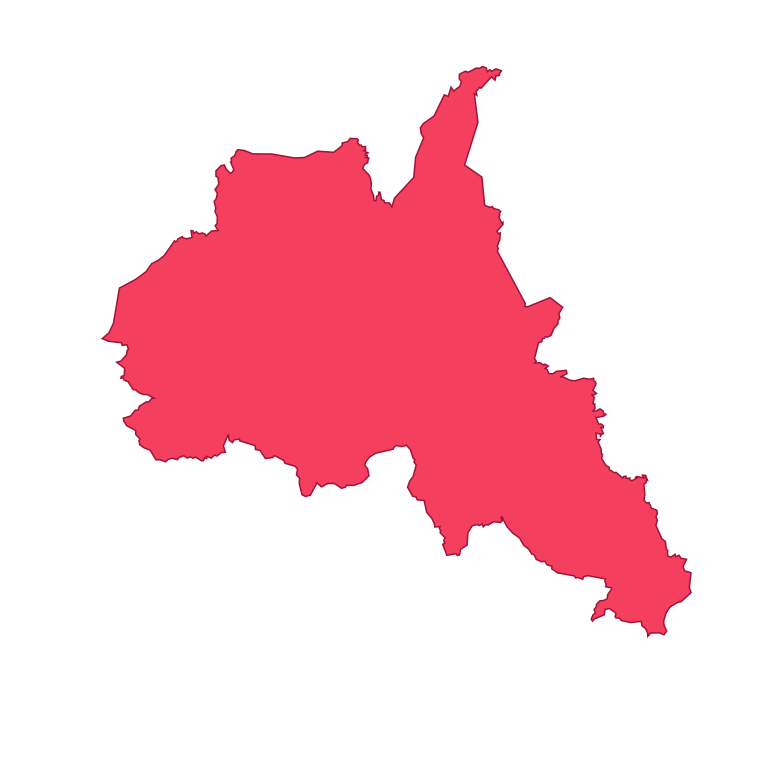 Tecolotlán, Jalisco, Mexico, rotated 170°
{"feature_id": "50627088B33659977018142", "entity_name": "Tecolotlán", "entity_type": "district", "adm_level": 2, "iso_a3": "MEX", "parent_name": "Mexico", "parent_adm1": "Jalisco", "projection": "mercator", "projection_center": [-104.055, 20.276], "detail": "fine", "context": "isolated", "style": "filled", "palette": "rose", "viewbox_px": 768, "rotation_deg": 170, "n_neighbors": 0, "source": "geoboundaries", "source_scale": "gbopen_adm2", "svg_char_len": 6163}
<svg xmlns="http://www.w3.org/2000/svg" viewBox="0 0 768 768"><g transform="rotate(170 384 384)"><path d="M141.1,114.7L132.7,117.9L129.1,118.1L117.8,125.3L118.7,130.2L114.4,144.8L120.5,147.9L121.1,152.2L116.5,158.9L121.7,160.7L123.2,164.1L126.7,163.2L126.9,165.7L131.7,163.7L134.6,165.6L133.5,170.7L134.7,172.7L134.2,180.0L137.3,183.5L140.8,197.7L138.5,202.2L139.2,206.3L137.1,209.2L137.3,212.4L142.2,215.3L143.6,221.3L146.2,221.2L148.1,224.6L146.2,230.4L145.6,239.9L143.2,241.1L142.1,243.8L141.2,243.4L141.7,245.9L143.3,246.6L141.9,247.6L142.3,248.6L145.4,249.4L145.0,246.6L151.3,249.1L152.4,248.3L151.2,247.5L156.6,245.7L159.0,247.5L158.2,248.6L162.1,249.1L161.7,251.2L164.0,251.4L165.3,249.9L170.8,256.7L172.7,256.7L176.8,260.5L176.8,262.9L179.5,265.2L182.6,272.8L181.0,276.7L182.0,277.7L181.5,282.3L183.2,289.6L181.0,291.7L184.2,292.4L183.9,298.8L179.6,297.1L179.9,295.1L178.1,297.0L176.5,297.0L177.9,303.4L175.7,302.8L175.1,304.7L177.0,306.9L179.5,307.2L181.1,314.2L173.1,314.2L170.7,315.6L172.6,316.6L173.0,319.5L175.6,322.0L180.5,320.4L182.9,321.1L180.5,323.0L180.0,327.8L181.6,328.2L179.3,334.4L181.6,338.0L179.7,336.6L176.4,337.8L179.4,341.5L175.1,347.3L175.4,349.6L176.8,350.5L176.6,353.2L180.9,353.0L186.4,355.0L195.2,354.0L200.0,355.3L206.5,360.0L209.2,360.3L202.0,362.4L202.1,365.8L212.2,366.5L216.2,364.7L219.9,365.8L220.8,369.8L222.6,371.3L219.1,373.2L222.1,375.6L224.2,375.3L226.3,377.7L231.9,378.6L230.1,380.2L231.4,382.8L224.6,397.9L221.4,398.2L219.9,401.2L218.1,401.2L217.1,402.6L214.9,401.8L211.2,402.8L206.7,409.6L202.3,412.9L201.7,416.2L199.4,418.4L199.5,423.1L194.7,428.5L205.4,440.2L229.3,435.1L231.9,436.1L230.9,438.8L249.3,495.0L247.9,497.7L248.7,499.6L245.0,506.0L243.2,512.6L245.5,512.3L246.2,514.8L239.0,520.6L238.8,522.6L239.7,521.8L240.3,522.6L242.0,529.1L240.8,529.5L240.7,531.8L239.1,533.6L240.8,535.7L245.3,537.6L246.6,540.0L249.4,539.7L253.8,542.5L251.7,570.8L266.6,585.7L246.1,625.3L244.6,654.2L242.4,652.2L242.6,655.9L238.2,659.6L237.0,658.4L224.8,667.9L221.9,663.9L220.1,668.2L217.8,667.7L216.5,668.3L216.9,669.4L213.9,671.9L214.6,672.5L219.1,674.9L223.4,673.2L225.2,675.2L227.9,673.6L228.5,677.5L231.7,679.6L234.9,678.3L238.4,679.1L246.9,676.4L249.5,677.9L255.9,676.0L256.9,671.7L255.3,668.2L257.8,663.9L264.6,660.5L266.4,664.7L270.8,656.1L274.4,658.3L288.1,639.3L300.1,633.6L303.7,630.0L303.9,624.1L302.2,619.5L313.5,601.8L318.9,582.2L341.4,565.2L345.5,557.0L347.2,561.3L351.9,562.4L352.2,564.8L354.4,565.9L354.7,573.6L355.9,573.9L356.4,571.0L358.8,570.1L359.9,566.1L361.9,566.4L361.6,571.4L363.1,578.6L361.6,583.4L361.7,589.0L362.5,592.4L367.6,600.1L365.2,603.5L361.0,605.0L361.9,605.1L359.7,609.1L362.1,609.9L361.0,610.2L360.7,612.2L362.8,612.3L362.1,614.1L359.7,614.4L361.7,615.7L361.5,617.3L363.2,617.2L361.2,619.1L361.0,621.2L364.4,621.3L365.0,623.3L366.6,623.3L368.2,626.3L366.9,628.5L367.9,630.2L374.6,631.8L377.5,629.0L383.4,628.6L383.7,626.1L393.3,620.9L408.8,624.8L422.9,620.9L432.8,622.1L454.9,630.1L473.3,633.4L480.7,638.1L487.2,640.1L489.4,638.5L491.3,634.8L495.3,633.0L495.5,629.5L496.6,629.3L494.7,621.4L496.6,618.9L498.7,618.1L502.1,623.1L503.3,627.5L506.6,627.3L512.5,623.1L513.4,617.7L511.6,616.2L512.1,609.2L516.6,604.9L515.0,600.7L517.1,595.5L519.6,593.3L519.1,586.4L520.5,583.1L519.1,578.0L520.5,571.0L522.8,569.2L520.7,563.9L527.3,564.6L533.5,560.7L534.3,562.8L536.6,564.3L540.2,564.1L542.4,566.5L545.3,565.4L545.2,567.8L547.4,568.6L547.6,561.5L553.3,561.4L556.8,562.9L556.9,564.2L561.8,562.7L563.0,560.7L564.4,560.3L565.4,561.4L578.1,548.7L584.4,545.2L591.8,542.9L598.9,535.9L610.8,530.0L627.9,524.4L639.9,490.8L646.0,482.2L653.6,477.6L647.8,473.9L635.4,470.2L635.1,467.5L630.2,467.2L629.7,462.3L631.1,461.7L632.5,457.5L639.1,452.3L643.5,451.9L636.7,444.6L638.4,437.4L641.4,437.0L642.1,435.4L640.0,435.5L639.2,432.9L635.6,430.7L632.1,422.1L629.5,421.3L627.0,418.0L622.6,415.4L619.0,414.7L612.9,409.9L615.4,410.1L618.9,407.1L621.6,407.6L628.9,404.5L630.5,401.2L633.7,401.3L639.0,396.5L646.7,395.6L646.7,392.7L644.6,387.6L636.6,381.3L637.2,377.2L633.7,372.1L635.1,370.9L635.2,366.8L631.5,362.9L625.8,359.4L621.7,348.9L618.0,348.4L612.4,345.3L609.7,347.2L605.7,347.7L600.5,345.3L598.9,347.1L593.6,348.1L590.7,345.2L587.7,346.0L585.0,344.1L582.2,344.7L576.8,339.9L575.0,340.0L573.6,342.4L571.6,341.3L571.4,343.6L567.0,341.0L563.1,343.4L561.1,342.1L555.9,344.7L552.1,344.3L552.9,351.0L545.9,361.5L546.4,355.8L543.4,352.6L541.3,354.9L535.8,355.0L536.0,353.1L521.5,345.6L522.0,341.8L517.6,340.2L513.7,331.2L506.2,330.9L505.1,332.3L503.3,331.9L496.0,326.1L495.2,323.1L485.7,318.4L484.0,315.1L486.0,309.7L483.5,305.9L484.7,301.0L484.0,289.2L480.8,286.9L475.8,287.3L467.2,298.3L463.5,293.5L456.7,295.8L449.9,294.5L444.0,288.7L440.0,289.1L438.4,290.7L431.6,289.4L422.6,290.8L414.8,296.1L414.8,303.3L417.1,307.3L415.3,310.7L410.8,314.6L404.3,317.3L386.4,318.2L384.3,320.7L382.2,321.3L378.2,319.4L372.5,319.7L369.4,314.7L368.1,305.5L366.8,304.1L368.0,302.0L366.4,298.5L371.4,287.8L375.6,283.9L378.7,278.3L375.3,268.5L372.1,267.2L371.4,264.1L364.7,262.4L364.3,250.4L360.3,243.5L358.7,238.1L358.9,234.4L353.6,233.9L354.6,232.8L353.7,229.5L354.6,228.0L350.6,222.1L352.4,219.3L351.8,216.5L354.0,216.0L351.9,204.4L342.5,204.3L341.5,202.3L339.4,202.5L337.3,207.8L330.1,211.0L327.2,223.0L321.6,229.2L316.5,229.3L315.0,228.1L311.6,228.9L311.1,226.1L308.4,227.9L306.0,227.1L299.6,229.3L293.3,227.4L291.3,228.7L292.1,232.2L290.9,232.7L287.7,222.2L283.2,214.9L277.2,208.7L274.4,200.8L270.2,196.3L268.0,190.9L265.7,189.6L264.5,184.8L259.9,181.6L256.4,181.5L254.9,177.7L250.3,175.3L250.9,172.9L245.9,167.9L230.0,162.0L228.9,159.7L226.4,159.7L222.2,157.2L221.0,159.6L216.4,159.8L199.7,153.6L200.7,151.6L200.0,147.5L201.0,145.9L195.3,143.7L195.4,142.6L200.3,137.7L201.5,133.8L205.5,132.6L208.9,133.1L212.9,130.2L213.9,127.3L216.2,125.6L215.8,121.5L218.1,120.6L220.8,116.4L219.7,114.2L218.0,116.0L207.1,118.5L205.5,123.6L201.0,123.7L196.2,119.1L195.5,117.1L196.8,115.1L196.4,113.5L192.9,112.6L191.4,109.8L182.6,106.3L171.8,105.6L172.0,101.2L168.9,97.7L167.6,93.0L168.0,89.7L164.6,92.5L155.8,91.0L151.8,88.4L148.5,91.7L150.1,97.5L149.8,101.8L146.3,109.1L141.1,114.7Z" fill="#f43f5e" stroke="#9f1239" stroke-width="1.5"/></g></svg>